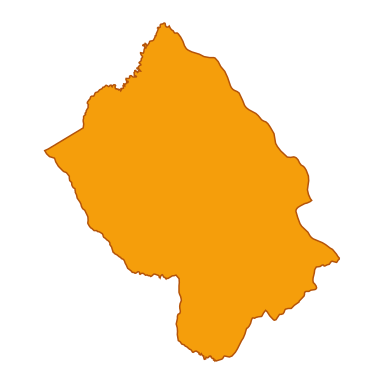 the district of Marara, Tete, Mozambique
{"feature_id": "85939544B55684561557182", "entity_name": "Marara", "entity_type": "district", "adm_level": 2, "iso_a3": "MOZ", "parent_name": "Mozambique", "parent_adm1": "Tete", "projection": "equal_earth", "projection_center": [33.163, -16.054], "detail": "fine", "context": "isolated", "style": "filled", "palette": "amber", "viewbox_px": 384, "rotation_deg": 0, "n_neighbors": 0, "source": "geoboundaries", "source_scale": "gbopen_adm2", "svg_char_len": 5880}
<svg xmlns="http://www.w3.org/2000/svg" viewBox="0 0 384 384"><path d="M44.7,150.6L46.6,153.8L49.5,156.6L54.4,158.1L55.0,159.4L55.7,161.8L58.4,166.3L62.7,170.7L63.8,171.6L66.4,172.6L69.3,176.3L69.3,178.2L69.7,180.6L71.6,182.5L71.8,184.9L72.6,186.7L73.5,187.9L74.7,188.4L75.0,188.9L75.1,190.5L75.3,190.8L75.3,192.4L76.5,194.8L77.2,198.1L79.9,202.0L80.9,204.0L81.5,206.5L82.7,208.7L84.7,210.2L85.1,210.9L87.9,216.8L88.1,220.5L87.8,222.7L87.9,223.6L89.6,226.5L90.8,227.9L92.0,228.6L94.1,230.6L96.7,230.6L97.4,231.5L99.3,231.8L102.3,233.7L102.9,234.8L103.4,236.7L103.9,237.4L105.2,238.2L107.2,240.2L108.2,240.7L109.5,242.2L109.9,243.2L109.9,244.7L111.5,246.9L113.1,252.2L113.9,252.6L114.4,253.5L117.2,255.0L119.3,256.8L120.6,257.4L121.4,258.6L122.7,259.0L123.6,259.7L124.2,260.4L125.4,263.6L126.1,264.7L127.7,268.3L131.1,270.9L132.2,272.3L134.2,272.6L134.9,273.2L135.8,273.2L137.9,271.7L138.9,271.9L139.6,272.6L139.6,273.9L140.1,274.3L141.5,273.4L142.5,273.3L143.5,273.5L145.5,275.2L147.2,275.0L148.3,275.7L149.5,275.6L150.7,276.5L151.7,276.0L153.7,274.2L154.8,274.1L158.4,275.4L159.1,276.2L159.3,277.3L159.7,277.2L160.1,277.9L160.7,276.1L161.7,274.9L162.3,274.7L162.6,274.9L163.6,277.0L164.7,277.3L166.1,279.0L166.6,278.3L167.9,278.5L172.4,275.8L174.1,275.7L176.0,275.1L179.1,278.7L179.3,282.6L179.0,285.8L179.0,292.3L179.6,294.3L180.6,296.5L181.2,299.1L181.3,300.7L180.1,303.7L179.7,306.2L179.8,308.3L180.3,310.9L180.3,312.0L179.7,313.5L178.2,314.2L177.8,314.9L177.4,316.3L177.4,318.6L176.2,324.0L177.3,327.9L177.5,331.5L177.3,334.6L178.3,340.6L180.2,341.8L181.7,344.0L184.2,344.9L185.2,346.1L186.7,346.7L189.5,349.2L190.5,349.5L191.4,350.3L192.5,352.1L193.2,352.3L195.2,351.2L196.3,351.1L199.1,352.9L198.9,353.6L199.1,354.1L199.9,354.2L200.2,354.9L200.5,354.9L201.3,353.7L202.6,355.8L203.5,355.8L203.7,356.1L203.7,357.6L204.3,359.3L204.8,359.3L205.2,358.6L205.7,358.8L206.1,357.2L207.7,357.8L208.6,357.3L209.1,356.3L209.5,356.1L210.3,356.5L210.7,356.1L211.2,356.6L211.4,357.5L212.4,358.6L213.2,358.4L213.6,358.6L213.9,359.2L213.7,360.1L214.4,360.2L214.9,361.0L215.5,360.3L216.3,360.9L221.7,359.2L222.6,358.6L224.0,356.3L224.6,356.0L229.4,357.0L232.0,356.0L235.4,352.2L237.4,348.9L241.5,340.7L243.3,337.9L245.0,333.8L246.3,329.2L246.8,328.3L247.7,327.8L249.1,326.2L250.6,323.3L251.5,319.9L252.3,318.2L252.9,317.9L254.7,318.2L255.8,317.5L258.4,316.8L261.4,316.5L261.9,316.1L263.6,312.9L265.6,310.3L267.1,311.7L269.8,315.9L273.6,319.9L274.5,320.2L276.0,319.7L279.5,314.4L281.0,314.4L283.0,313.8L284.0,312.4L285.0,309.7L285.5,309.2L288.0,308.5L291.3,308.4L294.3,305.3L298.9,302.1L299.3,301.0L304.0,296.1L304.5,294.5L304.5,293.0L305.1,291.9L306.1,291.4L308.9,291.4L310.8,290.2L314.7,289.6L315.6,289.3L316.4,288.4L316.6,287.7L316.0,285.8L314.5,283.7L313.3,282.6L312.9,280.3L313.1,277.9L314.3,272.9L314.7,269.7L316.3,267.0L320.1,266.5L322.3,265.0L323.5,265.1L324.1,266.0L324.8,266.0L327.2,264.8L329.2,264.3L331.1,261.7L332.0,261.2L336.5,262.4L337.0,262.0L338.1,260.1L339.1,259.3L339.3,258.1L337.8,256.4L336.5,254.2L332.5,249.4L330.0,248.0L325.7,244.7L322.4,242.7L313.3,238.9L311.4,237.5L309.9,235.7L307.9,232.2L301.7,226.3L300.0,223.7L297.7,217.5L295.9,211.3L296.1,209.9L296.8,208.6L298.2,207.2L300.5,205.8L304.7,203.6L307.1,203.0L310.2,201.6L311.7,200.4L310.3,198.6L308.5,194.5L307.4,189.8L308.7,180.7L308.4,176.0L306.2,170.2L304.5,167.5L303.3,166.3L301.2,165.1L299.6,163.0L298.1,159.9L296.3,157.9L294.7,157.1L293.5,156.9L290.7,157.4L287.3,157.1L280.8,151.0L277.4,146.6L275.6,143.3L274.0,133.7L270.2,127.1L267.9,123.7L265.9,121.9L263.7,121.1L261.6,119.8L258.2,115.6L255.9,113.5L249.0,109.8L246.3,107.7L244.6,105.5L242.6,100.4L239.1,93.0L237.2,91.6L234.5,90.4L232.9,89.4L231.4,87.7L230.4,85.7L227.6,77.5L224.8,71.4L220.7,66.5L218.2,61.6L215.0,58.0L213.6,57.6L209.5,57.6L204.0,56.6L199.3,54.2L191.8,51.9L188.1,50.1L186.4,48.8L184.5,45.8L182.9,41.3L180.6,37.0L178.2,33.8L177.2,33.0L174.9,33.1L174.3,32.7L173.1,30.7L172.2,30.3L170.5,28.6L169.2,26.0L168.5,26.8L167.4,27.1L166.8,27.1L166.1,26.6L165.6,26.0L165.1,23.4L164.8,23.2L164.1,23.0L163.0,23.8L160.7,24.3L160.2,25.0L160.2,27.1L159.5,27.6L158.2,27.3L157.7,27.7L157.5,28.0L158.3,28.6L157.4,31.3L156.2,33.9L156.1,35.5L155.9,35.8L155.3,35.7L155.1,35.9L155.0,37.1L153.5,40.1L152.6,40.7L150.0,41.2L149.6,41.6L149.2,43.0L147.2,45.8L146.6,45.9L146.5,45.0L145.8,43.7L145.2,43.4L144.9,44.3L144.2,44.3L142.8,45.1L142.8,45.5L143.2,45.8L144.5,45.5L144.6,47.0L146.0,47.4L146.1,47.8L144.8,48.3L144.2,49.1L143.8,52.1L143.2,53.2L140.6,52.7L140.6,53.6L141.6,55.5L142.4,56.2L142.5,56.9L142.3,57.6L141.5,58.3L141.2,59.0L141.3,60.1L140.8,61.1L139.1,62.5L139.1,62.9L140.7,64.2L140.9,64.6L140.8,65.1L139.7,65.4L138.4,66.7L138.5,68.0L137.2,67.9L136.9,68.1L137.0,68.7L137.4,69.0L138.4,68.9L138.9,69.1L140.7,71.1L140.1,71.2L138.6,70.6L138.2,71.2L137.9,72.3L137.6,72.5L135.4,70.4L134.8,70.6L134.8,71.6L134.0,72.7L134.3,74.0L134.2,75.2L134.7,75.6L135.9,76.0L136.4,76.7L136.2,76.9L133.3,77.0L132.5,76.7L131.3,75.7L130.3,75.7L129.6,76.2L129.7,77.6L129.3,78.1L128.3,78.5L126.1,78.4L125.9,79.2L126.8,81.9L127.1,81.8L127.4,81.2L127.8,81.1L128.1,81.4L128.1,82.0L127.8,82.6L126.4,83.0L125.6,84.1L123.8,83.9L123.9,84.5L124.9,85.9L124.8,86.2L123.9,85.4L123.1,85.5L123.4,88.2L122.0,88.6L121.2,88.4L121.0,88.5L121.4,89.6L120.7,90.9L120.0,89.9L119.3,89.5L118.6,89.9L117.9,89.0L117.1,89.3L116.6,88.8L115.5,88.7L115.0,86.9L115.6,85.6L115.3,85.0L114.0,84.7L112.5,85.7L112.1,86.8L111.7,86.4L111.4,85.3L110.9,85.1L110.1,85.3L109.3,86.3L108.6,86.6L106.6,85.4L106.0,85.3L104.1,87.1L103.0,87.2L102.0,88.7L99.6,89.8L97.8,91.9L95.5,92.6L95.0,93.3L94.3,95.1L93.7,96.1L91.6,96.2L90.7,96.8L89.9,99.1L89.1,99.8L87.4,102.2L87.3,103.2L88.4,104.7L88.0,106.1L88.3,107.2L86.2,110.8L86.1,112.2L85.1,113.2L85.2,113.7L85.5,114.0L85.5,114.7L84.4,115.4L83.6,116.5L83.6,118.3L83.2,119.9L83.2,121.3L83.7,124.0L83.2,127.9L48.0,149.1L44.7,150.6Z" fill="#f59e0b" stroke="#b45309" stroke-width="1.5"/></svg>